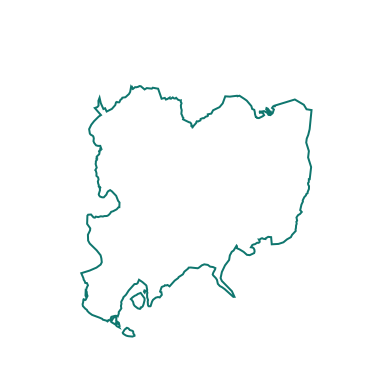 Kota Langsa, Aceh, Indonesia (Natural Earth projection), rotated 162°
{"feature_id": "22746128B69628984727954", "entity_name": "Kota Langsa", "entity_type": "district", "adm_level": 2, "iso_a3": "IDN", "parent_name": "Indonesia", "parent_adm1": "Aceh", "projection": "natural_earth1", "projection_center": [98.034, 4.485], "detail": "fine", "context": "isolated", "style": "outline", "palette": "teal", "viewbox_px": 384, "rotation_deg": 162, "n_neighbors": 0, "source": "geoboundaries", "source_scale": "gbopen_adm2", "svg_char_len": 6044}
<svg xmlns="http://www.w3.org/2000/svg" viewBox="0 0 384 384"><g transform="rotate(162 192 192)"><path d="M322.4,149.0L321.9,143.5L322.1,142.1L321.6,140.3L321.6,138.5L320.1,137.9L319.8,135.4L321.6,133.6L323.2,131.1L323.0,129.5L323.5,127.5L323.5,125.4L326.4,122.4L327.1,122.3L328.1,123.5L328.4,123.4L329.8,120.4L330.7,119.2L331.0,117.2L329.5,113.9L328.4,112.4L328.3,111.3L327.2,109.0L325.0,106.0L318.7,101.0L316.6,99.1L316.2,98.1L313.0,96.0L312.4,95.0L312.0,95.1L311.1,96.0L310.2,95.5L309.3,95.7L307.2,98.2L303.3,98.0L301.9,97.4L301.1,96.6L299.2,99.0L298.8,100.4L295.2,103.1L294.8,105.6L293.6,107.5L293.5,108.7L293.1,109.6L290.3,112.2L289.9,113.0L286.5,114.7L282.6,117.9L275.2,122.2L273.1,121.7L271.9,122.1L269.5,124.9L267.0,121.7L264.5,117.6L264.3,116.8L264.9,112.7L265.5,111.5L265.6,109.8L266.2,109.0L267.2,105.7L267.2,102.9L268.0,101.4L268.8,98.2L268.6,96.8L267.1,96.2L266.6,96.3L263.9,100.1L262.4,101.5L259.1,102.7L256.8,102.6L255.3,101.7L252.5,103.5L252.1,106.2L252.9,106.6L253.1,107.2L250.3,110.9L249.8,111.1L247.2,111.2L246.6,111.7L245.4,111.1L244.0,111.1L242.5,109.2L235.8,113.1L231.8,114.4L231.0,115.2L226.1,116.5L223.9,118.6L219.3,120.4L218.6,121.1L216.6,120.6L210.1,117.7L208.5,118.0L205.4,119.2L202.7,119.4L199.5,117.8L197.8,115.4L195.3,114.2L193.3,112.4L193.9,111.3L196.6,108.8L197.8,107.2L197.6,106.1L196.0,102.9L195.4,100.7L195.8,96.7L194.6,94.0L192.8,92.1L190.9,89.5L185.1,79.5L184.0,79.2L184.7,85.3L191.1,98.2L191.4,101.3L188.3,106.7L183.3,112.0L177.7,115.9L175.6,120.0L172.7,122.8L170.5,123.5L166.2,127.2L166.0,126.6L166.6,124.6L164.5,122.7L161.4,119.1L159.2,115.3L156.6,114.1L151.8,114.7L150.9,116.0L150.5,117.7L150.7,119.3L151.4,120.4L153.0,121.2L151.1,122.9L149.7,123.1L148.3,122.9L145.7,123.6L144.4,123.1L143.3,123.4L142.8,124.3L143.1,126.1L142.4,125.8L141.2,126.3L139.6,126.4L138.7,125.5L136.6,124.5L136.1,125.2L133.4,125.8L130.7,124.6L132.3,117.6L125.8,115.9L120.6,115.9L116.3,117.6L111.9,118.5L110.0,120.4L105.4,122.9L105.0,124.6L104.4,125.4L103.3,128.1L102.3,129.4L101.9,131.5L100.9,132.2L100.5,135.5L98.3,137.2L96.1,137.7L93.8,139.1L94.7,141.3L91.8,146.2L89.5,148.6L89.3,149.8L86.8,152.4L84.8,153.5L83.8,154.8L82.5,155.1L81.9,156.4L79.9,158.7L78.9,161.4L79.2,163.0L78.9,164.6L77.9,165.3L76.9,168.1L76.1,167.8L71.0,178.9L70.9,189.0L68.2,194.8L68.1,203.7L66.4,207.3L63.8,210.4L60.7,215.4L53.0,233.0L57.5,235.3L58.7,240.4L65.6,248.2L86.9,248.6L86.9,248.0L88.5,248.3L89.9,247.2L88.6,245.2L91.0,242.0L93.7,240.9L95.4,241.7L95.8,243.3L95.2,243.7L94.1,243.5L93.0,241.9L92.6,242.3L92.7,242.7L92.2,243.9L92.3,244.3L94.1,244.9L93.5,245.9L94.2,247.9L95.2,248.8L95.9,247.7L95.0,245.8L96.2,244.3L98.5,246.7L101.0,247.0L102.6,247.6L102.9,247.1L102.9,246.3L101.9,246.3L100.1,245.1L99.7,242.8L101.3,242.2L105.4,241.6L106.4,241.9L107.4,242.5L107.5,243.4L108.1,243.6L108.0,246.7L107.6,248.5L107.4,250.9L109.1,252.4L109.0,255.4L111.7,262.0L113.4,264.3L117.1,268.9L119.2,269.0L119.4,269.6L126.5,271.0L130.8,272.7L135.4,266.8L139.6,264.2L146.7,263.2L149.4,260.6L153.0,261.0L153.3,259.6L153.8,259.3L155.6,259.4L158.0,258.5L159.0,258.9L161.2,258.8L161.9,257.5L162.8,257.4L164.5,257.2L165.5,257.8L166.0,257.5L166.7,256.4L170.7,254.0L171.6,253.2L172.5,253.2L171.6,253.4L171.4,254.3L171.4,254.7L172.2,255.1L171.6,256.5L171.9,258.0L172.5,258.9L173.2,259.2L178.1,263.9L177.3,265.1L177.8,266.4L177.7,267.7L178.0,269.6L176.5,273.0L176.4,275.5L175.8,277.9L174.5,279.7L174.8,280.9L174.3,282.6L174.9,282.6L176.8,284.1L178.0,286.5L179.2,286.1L180.2,286.6L181.1,287.9L183.2,287.2L184.3,287.9L184.1,288.7L186.9,288.0L187.9,288.3L188.0,287.2L188.8,289.9L192.1,290.1L192.3,300.7L197.1,303.3L198.3,302.7L202.9,304.8L205.4,304.2L208.0,308.4L209.3,309.0L210.4,308.7L212.6,308.8L213.7,309.3L216.5,308.2L217.1,309.0L216.6,309.7L216.6,310.4L217.0,310.3L217.3,311.1L219.9,306.3L221.6,304.7L226.0,302.7L229.1,303.2L230.3,302.1L231.4,301.9L233.4,299.8L234.9,300.2L235.6,300.9L236.6,300.7L238.1,298.4L242.5,295.8L248.3,294.9L248.8,298.5L250.6,298.3L251.3,304.7L250.8,310.2L252.8,307.7L254.2,303.0L255.8,302.0L258.5,301.9L254.8,293.3L257.4,292.6L263.3,289.6L267.0,287.1L270.4,283.6L271.1,279.1L270.6,277.8L269.0,276.1L268.7,275.2L268.8,273.4L270.0,270.7L269.8,268.7L268.8,266.0L267.1,264.9L265.0,264.2L264.9,261.2L265.8,261.6L266.1,260.9L265.8,260.6L265.9,260.0L266.4,259.7L267.3,259.9L267.9,259.4L267.7,258.2L268.6,256.6L271.7,255.1L272.0,254.5L271.7,253.6L272.7,253.1L272.8,252.4L272.5,252.0L273.9,251.0L274.6,249.0L275.0,248.5L275.1,244.6L277.2,242.7L276.9,242.0L277.0,239.4L277.9,236.9L276.8,234.9L277.0,232.8L278.3,231.1L278.6,229.0L278.5,227.3L279.0,226.2L278.8,225.4L278.0,225.3L277.8,224.5L278.7,223.6L278.9,222.2L281.4,218.7L281.4,217.5L280.9,216.1L279.1,214.7L277.5,214.2L274.2,216.0L273.0,217.5L271.6,218.6L269.3,219.1L268.0,217.4L265.3,211.8L265.0,206.5L264.2,204.4L265.8,200.0L266.6,200.2L269.0,198.8L273.0,198.1L275.0,198.1L276.8,196.7L278.8,195.7L280.4,195.5L282.9,196.2L284.3,196.2L286.3,197.1L288.9,197.1L291.1,198.3L292.3,197.6L293.5,198.3L295.0,201.8L297.8,202.5L298.8,201.8L301.6,194.1L300.0,188.9L300.8,187.0L304.2,183.5L305.8,177.9L305.2,174.6L300.7,166.0L298.5,160.1L298.7,156.9L299.5,153.1L301.3,151.2L306.2,149.6L313.6,148.9L322.4,149.0ZM279.5,98.1L277.6,96.9L276.8,97.2L276.4,98.1L275.4,98.0L274.3,98.4L272.9,100.0L270.5,103.8L270.0,105.6L272.0,111.9L275.3,111.7L276.5,111.2L278.5,111.0L281.1,110.2L283.3,109.1L282.6,107.9L282.0,105.8L282.2,103.0L281.7,101.3L279.5,98.1ZM298.4,82.1L301.4,79.5L301.3,78.7L300.4,77.4L298.9,75.7L297.2,74.6L293.3,72.9L291.1,73.0L290.9,73.7L291.5,75.5L291.1,77.5L291.5,78.3L293.8,80.0L294.6,81.9L295.9,83.0L296.3,83.0L297.2,82.3L298.4,82.1ZM305.7,89.5L305.0,87.6L303.1,85.7L303.2,86.2L302.3,86.7L302.0,90.2L302.9,91.5L303.3,89.5L303.9,90.0L304.9,89.8L305.3,90.4L305.1,90.8L304.3,90.9L303.8,93.4L303.1,94.7L303.0,95.7L303.7,96.7L304.9,96.8L305.8,96.4L309.0,93.7L308.9,93.2L305.7,89.5ZM323.7,130.7L325.3,126.4L325.2,125.0L324.7,124.6L323.8,125.6L324.2,128.5L323.4,130.0L323.7,130.7ZM267.6,113.1L268.5,112.0L268.1,110.9L267.0,112.1L267.0,112.7L267.6,113.1Z" fill="none" stroke="#0f766e" stroke-width="2"/></g></svg>